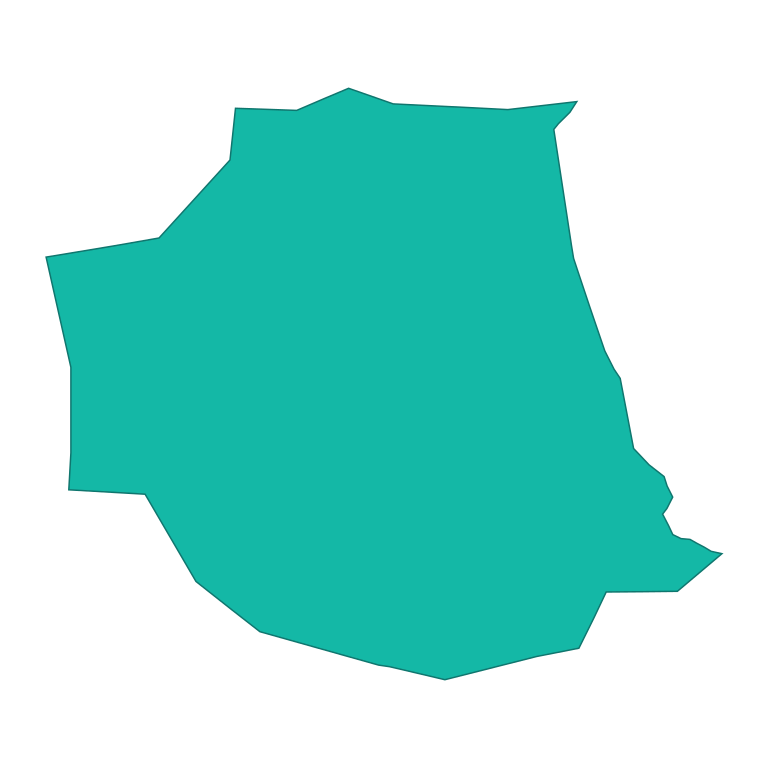 Massapê do Piauí, Piauí, Brazil (Robinson projection)
{"feature_id": "56859067B40458621475614", "entity_name": "Massapê do Piauí", "entity_type": "district", "adm_level": 2, "iso_a3": "BRA", "parent_name": "Brazil", "parent_adm1": "Piauí", "projection": "robinson", "projection_center": [-41.055, -7.533], "detail": "fine", "context": "isolated", "style": "filled", "palette": "teal", "viewbox_px": 768, "rotation_deg": 0, "n_neighbors": 0, "source": "geoboundaries", "source_scale": "gbopen_adm2", "svg_char_len": 832}
<svg xmlns="http://www.w3.org/2000/svg" viewBox="0 0 768 768"><path d="M576.8,101.6L507.8,109.6L457.5,107.0L450.6,106.7L393.2,103.9L377.8,98.5L348.6,88.3L326.3,97.7L296.7,110.4L259.3,109.1L235.5,108.3L230.0,160.0L168.3,227.8L159.0,238.0L112.6,246.1L46.1,257.1L70.9,367.4L70.9,399.0L70.9,452.9L68.8,489.8L145.1,494.2L196.0,581.5L232.6,610.4L259.9,631.7L378.6,665.1L389.6,666.7L444.9,679.7L536.6,656.5L578.9,648.2L594.0,617.7L606.2,592.0L641.7,591.7L677.4,591.3L721.9,553.7L711.1,551.3L704.3,547.2L696.7,543.2L690.0,539.4L681.0,538.6L672.8,534.6L668.5,525.5L662.6,514.1L666.9,508.5L672.7,497.1L667.1,486.0L664.1,476.6L649.0,464.8L633.6,448.5L620.2,378.4L614.1,369.3L604.8,350.9L589.8,307.0L577.9,271.4L573.6,258.4L571.5,245.6L553.8,129.4L558.4,123.7L569.9,112.3L576.8,101.6Z" fill="#14b8a6" stroke="#0f766e" stroke-width="1.5"/></svg>